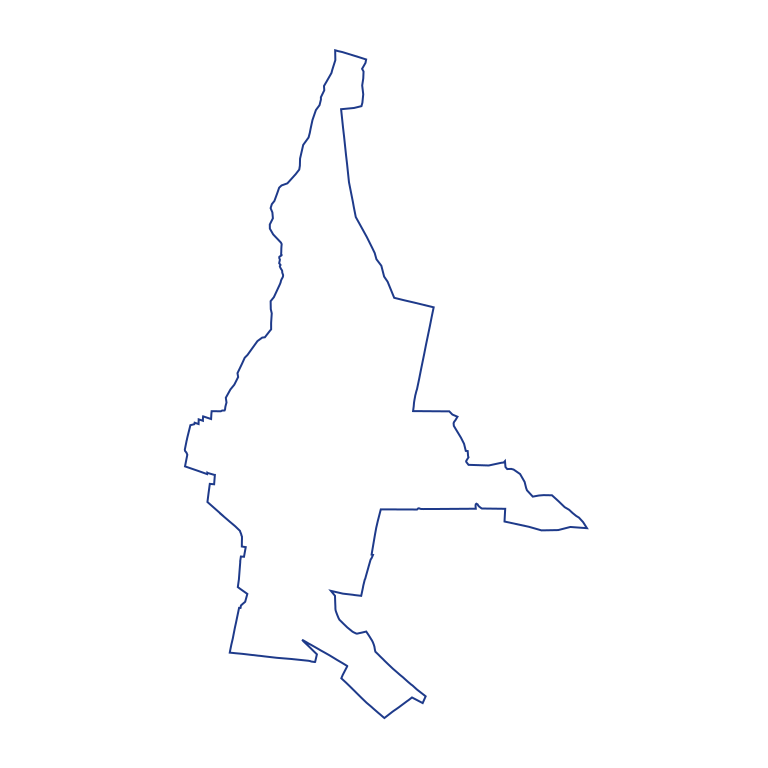 Chicoloapan, México, Mexico, rotated 269°
{"feature_id": "50627088B10015093996053", "entity_name": "Chicoloapan", "entity_type": "district", "adm_level": 2, "iso_a3": "MEX", "parent_name": "Mexico", "parent_adm1": "México", "projection": "albers", "projection_center": [-98.886, 19.397], "detail": "fine", "context": "isolated", "style": "outline", "palette": "blue", "viewbox_px": 768, "rotation_deg": 269, "n_neighbors": 0, "source": "geoboundaries", "source_scale": "gbopen_adm2", "svg_char_len": 5782}
<svg xmlns="http://www.w3.org/2000/svg" viewBox="0 0 768 768"><g transform="rotate(269 384 384)"><path d="M718.5,341.0L708.7,341.0L698.8,337.7L695.9,336.9L687.3,331.8L683.0,329.2L678.7,329.4L671.8,325.9L669.5,325.9L663.9,324.4L659.1,320.7L651.4,317.9L649.2,317.1L640.7,315.1L636.4,314.2L631.8,312.9L624.5,307.4L610.8,304.0L603.7,303.7L599.9,303.0L595.4,299.4L586.3,290.9L584.3,285.0L582.1,282.6L576.4,280.5L568.9,277.6L565.8,275.0L561.8,273.7L557.5,275.4L551.6,275.8L545.5,272.6L541.3,272.6L538.4,274.2L535.5,275.8L527.2,283.4L526.0,284.0L525.2,284.1L523.7,283.9L521.1,283.7L518.2,283.6L515.4,283.4L515.1,283.8L514.7,283.9L514.4,283.8L514.3,283.7L513.2,281.8L513.0,281.6L512.8,281.5L512.6,281.5L512.3,281.5L511.8,281.5L511.7,281.5L510.1,282.1L508.0,281.6L506.6,281.3L504.8,282.6L503.7,281.9L503.3,281.9L501.7,282.6L500.6,283.2L499.7,283.8L499.0,284.1L498.8,284.1L498.6,284.2L498.3,284.2L497.2,284.2L494.8,285.0L494.1,285.0L493.6,284.9L493.0,284.8L491.8,284.2L491.1,283.8L490.3,283.3L488.7,282.7L487.7,282.5L486.1,281.9L484.4,281.1L472.7,275.4L468.8,272.1L460.8,272.1L456.6,273.0L447.0,272.2L440.6,272.1L439.0,270.7L432.8,265.7L432.5,263.0L431.0,260.9L429.1,258.2L420.0,251.4L415.4,248.0L412.7,245.2L407.0,242.5L397.4,237.7L393.5,238.3L385.9,234.3L381.3,230.4L373.0,225.6L368.2,226.2L365.9,225.5L364.0,225.0L361.3,224.6L360.3,224.1L360.3,221.7L359.6,220.4L359.8,211.2L357.3,210.9L352.0,210.5L354.8,202.6L354.4,202.5L351.7,202.3L350.4,202.3L351.9,198.1L347.2,197.9L348.6,194.0L347.1,193.6L346.2,189.7L334.6,186.6L333.0,186.2L331.6,185.9L330.6,185.6L329.6,185.4L321.8,183.7L320.6,183.9L318.8,185.3L316.7,186.1L305.1,183.6L300.3,196.8L297.0,205.6L298.3,205.8L298.2,205.9L296.0,213.1L296.0,213.3L294.9,213.2L286.7,212.4L287.2,208.1L278.1,206.7L269.1,205.4L262.8,212.3L256.2,219.5L256.2,219.3L251.7,224.4L249.1,227.3L244.3,232.8L239.7,237.4L238.6,237.7L237.4,238.2L236.0,238.7L235.1,238.8L234.5,239.1L234.1,239.3L233.8,239.3L232.5,239.3L231.7,239.3L231.4,239.3L230.1,239.2L224.0,239.0L223.3,242.9L221.8,242.6L213.7,241.0L214.0,237.9L209.2,237.1L208.9,237.2L196.4,236.0L191.0,235.5L190.5,235.4L183.5,234.3L182.0,236.2L176.5,243.7L168.7,241.4L168.5,241.2L166.3,238.5L165.6,237.8L165.3,237.3L164.7,237.0L163.4,236.8L162.6,236.6L162.7,235.2L151.7,232.7L148.1,231.9L143.1,230.7L136.1,229.2L132.3,228.4L126.0,226.8L120.1,225.5L118.1,225.1L117.9,226.8L117.4,230.9L117.1,233.7L116.9,235.6L116.6,238.2L115.5,246.3L115.3,247.8L115.2,249.0L114.5,253.8L114.4,255.1L113.7,260.0L112.1,272.1L110.7,286.3L108.6,303.6L108.2,305.5L108.1,305.8L107.9,306.1L107.8,306.3L107.2,310.1L107.3,310.3L108.2,310.5L114.9,312.2L115.1,312.0L117.9,309.2L121.3,305.9L123.9,303.3L128.2,298.9L129.7,297.7L127.2,301.9L125.7,304.3L124.6,306.3L119.6,314.7L118.9,315.8L116.6,319.8L113.6,324.9L113.4,325.2L111.2,328.7L108.9,332.3L105.8,337.4L102.7,342.3L102.4,342.3L98.7,340.3L93.7,337.6L90.5,336.2L88.0,338.8L86.1,340.8L85.5,341.4L82.9,344.0L78.8,348.0L78.0,348.8L75.3,351.4L70.8,355.8L65.6,361.0L62.9,364.1L62.2,364.9L61.5,365.7L60.3,367.0L59.9,367.4L55.4,372.4L54.6,373.3L54.3,373.7L52.6,375.6L51.0,377.4L49.5,379.2L50.2,378.8L51.4,380.4L56.2,386.8L57.5,388.7L58.6,390.4L60.5,393.2L62.6,396.1L63.6,397.5L66.9,402.1L67.3,402.8L70.1,406.5L64.3,417.1L71.0,420.2L75.7,414.4L77.3,412.4L78.3,411.2L82.2,407.1L82.8,406.2L85.5,403.1L89.4,398.9L90.0,398.3L90.7,397.5L92.8,395.0L96.7,390.7L99.2,387.9L104.0,383.0L105.8,381.2L107.4,379.6L108.6,378.5L111.7,375.4L113.4,373.8L116.5,370.7L118.3,370.3L120.9,369.9L121.2,369.9L123.4,369.3L125.9,368.4L128.0,367.4L128.4,367.1L131.3,365.4L133.4,364.1L136.8,361.9L136.4,360.1L136.0,358.3L135.8,357.4L135.3,354.8L134.9,353.0L134.9,352.1L135.9,350.0L136.9,348.2L141.3,343.0L144.6,339.7L149.1,335.3L150.9,334.4L153.7,333.3L156.8,332.2L158.4,331.7L160.0,331.5L161.6,331.5L162.3,331.5L166.2,331.4L173.1,331.3L178.1,327.3L175.1,339.3L175.0,340.2L174.9,340.8L174.4,344.7L173.8,349.2L173.5,350.8L172.6,357.5L180.4,359.3L182.9,359.8L184.4,360.2L186.7,360.8L188.9,361.4L189.5,361.8L192.3,362.6L194.3,363.2L200.6,365.1L201.0,365.2L208.2,367.4L208.9,367.7L210.0,368.5L210.9,368.9L211.5,369.2L213.3,370.0L213.6,368.6L233.3,372.3L240.3,373.7L247.1,375.4L258.7,378.6L258.1,406.9L258.1,409.4L258.0,411.4L257.9,414.8L258.4,415.4L259.0,416.0L259.1,416.5L259.0,417.2L258.5,418.3L258.4,419.0L258.3,420.9L258.1,435.6L257.7,473.6L260.5,473.4L261.5,473.5L262.2,473.7L262.7,474.3L262.0,475.5L260.8,476.1L259.8,477.0L258.5,478.6L257.8,479.7L257.1,503.0L244.6,502.1L244.4,502.1L238.7,526.4L234.9,538.9L234.9,555.6L237.8,567.8L236.3,584.4L242.5,580.6L247.0,576.6L248.7,573.9L251.8,570.2L255.0,566.9L257.7,562.5L263.6,556.6L269.8,550.0L270.1,541.5L269.8,536.9L268.8,530.8L275.2,525.1L277.5,524.3L283.6,522.9L291.6,518.5L296.2,512.1L296.9,509.7L296.8,505.7L298.9,504.0L304.8,503.6L303.4,502.3L303.2,500.0L300.7,487.3L301.7,467.1L304.5,465.0L305.0,464.8L305.3,464.8L305.7,464.9L308.5,466.7L309.2,467.2L310.5,466.8L313.8,466.6L315.5,466.5L315.7,464.6L322.8,463.0L329.0,460.0L336.9,455.4L340.9,453.1L343.6,452.9L345.0,453.5L346.6,454.8L350.0,456.9L352.0,452.4L352.3,451.8L355.5,448.8L356.4,412.6L361.0,413.3L364.9,413.7L367.2,414.1L370.6,414.8L372.2,415.1L373.5,415.5L375.1,415.9L376.8,416.4L378.2,416.9L388.3,419.2L398.5,421.4L413.3,424.7L422.6,426.7L431.9,428.8L441.2,430.9L450.5,432.9L459.8,435.0L464.9,415.5L467.3,405.9L470.0,395.7L475.4,393.6L486.2,389.4L491.4,386.0L502.3,383.4L508.9,378.6L515.1,377.0L520.5,374.5L531.2,369.4L542.0,363.7L551.4,358.7L561.4,356.9L566.4,356.1L576.4,354.3L586.4,352.5L595.5,351.7L604.7,350.9L613.8,350.0L623.0,349.2L632.1,348.4L641.2,347.5L650.4,346.7L659.5,345.9L660.5,358.8L662.2,366.3L665.6,367.3L674.0,368.3L682.9,367.4L689.9,368.6L696.8,369.0L699.5,367.6L705.4,371.1L708.8,371.8L711.2,364.7L716.6,348.2L717.7,343.7L718.5,341.0Z" fill="none" stroke="#1e3a8a" stroke-width="2"/></g></svg>